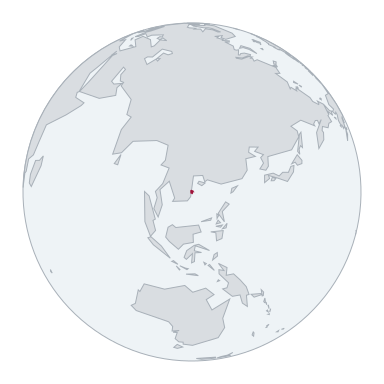 Quảng Ngãi highlighted on a globe, orthographic projection, rotated 35°
{"feature_id": "VNM-488", "entity_name": "Quảng Ngãi", "entity_type": "Province", "adm_level": 1, "iso_a3": "VNM", "parent_name": "Vietnam", "parent_adm1": "", "projection": "orthographic", "projection_center": [108.762, 15.012], "detail": "fine", "context": "on_globe", "style": "filled", "palette": "rose", "viewbox_px": 384, "rotation_deg": 35, "n_neighbors": 0, "source": "natural_earth", "source_scale": "10m", "svg_char_len": 10282}
<svg xmlns="http://www.w3.org/2000/svg" viewBox="0 0 384 384"><g transform="rotate(35 192 192)"><circle cx="192" cy="192" r="169" fill="#eef3f6" stroke="#a8b0b8"/><path d="M345.7,250.7L345.5,251.8L345.3,252.0L345.7,250.7ZM271.5,42.9L271.7,44.2L277.4,48.2L271.8,45.0L286.4,55.5L290.2,60.9L282.4,52.8L279.0,50.6L279.8,52.9L276.5,51.2L275.0,51.5L270.9,49.4L266.7,45.5L264.0,44.2L264.7,46.0L261.1,45.5L260.4,42.9L254.0,41.9L245.8,36.2L247.2,33.2L239.3,30.2L235.2,28.7L247.6,32.5L259.8,37.2L271.5,42.9ZM350.5,133.4L349.8,131.6L349.9,131.9L350.5,133.4ZM349.2,130.2L349.6,131.2L349.3,130.5L349.2,130.2ZM349.1,130.1L349.3,130.5L349.1,130.1ZM349.2,130.5L349.1,130.1L349.2,130.3L349.2,130.5ZM348.7,129.9L348.5,129.7L348.3,129.0L348.7,129.9ZM282.3,51.7L281.4,50.5L283.4,52.4L282.3,51.7ZM275.5,51.9L276.8,52.9L275.4,52.7L275.5,51.9ZM268.0,49.5L265.4,49.1L267.3,48.8L268.0,49.5ZM263.4,48.5L257.3,48.1L259.7,50.1L249.4,44.7L258.1,46.5L260.0,45.6L260.9,47.1L263.4,48.5ZM233.6,28.2L233.7,28.3L229.5,27.2L233.6,28.2ZM229.4,27.2L231.8,28.0L225.7,26.6L222.9,26.0L224.0,26.1L220.8,25.6L229.4,27.2ZM244.8,42.1L242.6,41.6L244.1,41.4L244.8,42.1ZM217.8,25.0L212.8,24.3L213.7,24.4L217.8,25.0ZM235.5,28.9L234.9,29.0L229.8,27.9L228.9,27.9L225.5,26.6L235.5,28.9ZM211.3,24.1L210.2,24.0L208.6,23.9L211.3,24.1ZM220.1,25.4L218.4,25.1L220.1,25.4ZM209.5,24.0L210.4,24.1L211.0,24.2L208.8,24.0L209.5,24.0ZM222.2,26.1L220.1,25.7L223.2,26.5L219.5,26.0L218.0,25.4L217.1,25.4L215.9,25.3L216.0,25.0L222.2,26.1ZM208.2,24.1L204.9,23.6L199.2,23.2L198.6,23.2L208.0,23.8L208.2,24.1ZM212.8,24.6L209.8,24.2L210.5,24.2L213.1,24.4L212.8,24.6ZM217.5,26.0L223.7,26.9L223.8,27.1L217.5,26.0ZM206.3,24.0L207.2,24.1L205.8,23.9L206.3,24.0ZM213.9,25.3L216.1,25.5L213.9,25.3ZM207.0,24.4L206.0,24.1L207.6,24.2L207.0,24.4ZM210.1,24.8L209.7,24.9L208.9,24.4L211.0,24.8L210.1,24.8ZM213.7,25.4L214.4,25.5L212.8,25.2L213.7,25.4ZM201.3,24.5L199.9,23.8L203.6,23.8L204.4,24.5L201.3,24.5ZM59.9,86.7L59.4,87.4L58.1,89.3L53.1,95.9L46.1,110.0L50.2,105.3L49.2,114.9L52.1,117.7L62.6,105.1L58.1,100.0L62.6,92.6L70.6,91.0L75.4,96.5L77.3,93.9L78.8,85.6L84.5,82.5L79.8,82.5L78.3,85.7L75.4,86.1L76.6,83.2L78.6,82.1L78.4,79.7L69.1,86.6L66.5,90.6L63.3,88.8L58.8,95.5L56.3,97.4L63.1,86.9L65.9,83.8L74.6,72.1L71.4,75.1L62.9,86.6L63.5,85.0L59.0,90.0L62.9,85.0L73.0,72.5L73.1,72.0L89.1,58.0L88.7,58.4L93.6,55.1L93.3,56.0L101.7,50.7L102.7,50.7L97.4,53.6L93.6,56.5L93.7,59.7L95.6,59.1L101.1,55.7L100.4,57.3L105.7,53.6L109.0,54.6L109.4,50.6L115.9,47.3L121.4,46.1L123.6,44.5L114.6,46.6L111.0,48.2L107.7,50.6L97.9,55.3L96.5,55.2L107.1,48.2L106.2,47.6L114.9,43.1L133.7,38.9L138.2,39.8L132.1,47.6L127.3,48.9L127.1,46.5L121.3,51.6L124.6,49.7L124.1,51.4L130.1,49.3L130.0,50.4L135.9,46.8L136.5,47.9L132.7,50.2L142.1,48.8L144.9,51.1L147.1,50.3L148.6,48.8L151.3,53.1L152.7,52.3L152.5,50.6L155.2,48.2L161.1,45.9L161.7,47.4L159.6,48.5L156.3,53.4L150.7,56.5L151.6,57.0L156.5,54.7L160.7,48.6L164.0,46.8L162.8,49.5L163.5,48.3L165.4,48.0L167.8,49.2L169.5,46.3L189.2,41.9L195.9,44.4L192.5,46.9L206.9,47.2L213.3,51.2L213.0,49.5L219.7,49.1L217.8,47.8L218.2,47.0L234.6,47.0L238.9,48.6L245.6,47.7L245.5,47.0L242.6,45.6L249.4,44.7L259.7,50.1L259.5,51.4L266.0,54.3L264.7,57.2L266.6,61.3L261.3,63.5L263.3,67.0L265.6,67.8L270.0,73.6L271.0,83.6L259.9,71.8L256.3,58.5L256.9,63.3L253.7,61.4L252.0,62.7L252.6,66.5L254.6,67.4L239.9,70.8L235.3,81.4L243.1,81.6L247.8,85.6L249.4,100.3L233.8,119.5L239.8,127.1L240.0,131.8L234.4,134.2L234.0,127.3L228.5,124.4L229.1,120.4L220.0,122.8L220.4,117.3L213.1,122.3L215.6,127.0L223.5,126.5L217.0,133.9L224.7,142.5L225.3,152.4L211.3,168.8L197.6,173.2L196.6,176.3L191.3,172.3L184.0,178.0L193.6,196.7L193.3,201.9L181.5,210.8L181.3,206.9L167.2,196.2L164.4,208.4L175.0,219.6L178.6,231.9L170.3,227.5L166.7,216.6L161.7,212.5L163.2,201.9L159.5,185.5L151.1,187.6L152.0,181.3L145.6,167.4L133.7,170.0L114.6,184.3L111.7,200.3L105.3,206.5L98.3,181.4L99.2,165.5L94.2,165.9L89.1,151.1L73.1,145.7L73.1,141.4L69.6,142.2L66.4,136.7L67.2,129.7L64.3,129.0L62.6,147.4L66.1,148.4L72.1,143.4L70.7,149.6L74.1,156.6L62.3,168.5L42.2,174.2L44.1,161.9L48.6,125.8L50.6,122.6L50.8,122.2L51.1,121.5L47.5,126.4L49.6,119.7L43.1,143.5L40.3,153.2L41.9,174.7L40.8,176.2L42.5,181.2L52.4,180.9L51.6,184.8L44.6,201.1L34.2,220.5L37.8,238.4L40.8,252.6L39.2,258.6L44.3,270.2L44.2,272.3L47.5,278.5L50.2,283.7L51.1,285.2L44.9,275.2L39.5,264.7L34.8,253.9L30.8,242.8L27.7,231.4L25.3,219.8L23.8,208.1L23.1,196.3L23.2,184.6L24.1,172.8L25.9,161.1L28.4,149.6L31.8,138.3L35.9,127.2L40.8,116.5L46.5,106.1L52.8,96.2L59.9,86.7ZM76.6,110.0L82.0,113.4L86.3,103.8L88.7,104.5L89.3,101.1L86.6,103.1L89.0,94.5L93.7,93.4L96.5,89.8L94.8,88.5L85.7,92.0L82.2,104.1L78.1,106.8L76.6,110.0ZM100.6,49.9L110.1,44.2L110.3,44.2L108.5,45.2L107.5,45.8L104.3,47.6L94.2,54.3L91.1,56.5L91.7,56.0L100.6,49.9ZM137.8,32.0L135.6,32.8L132.0,34.1L137.8,32.0ZM181.0,23.4L182.7,23.3L190.1,23.1L192.1,23.1L189.1,23.2L193.3,23.3L189.0,23.6L190.4,23.7L187.5,24.4L181.0,24.9L183.0,25.0L181.0,25.9L175.5,26.6L177.5,25.7L170.1,27.3L169.5,26.5L168.7,26.8L166.2,26.6L161.7,27.0L162.3,26.7L160.3,27.0L158.6,27.1L156.0,27.6L156.1,27.2L153.0,27.8L154.8,27.4L149.5,28.6L153.5,27.6L151.7,27.9L148.7,28.7L150.0,28.3L165.4,25.1L181.0,23.4ZM200.3,24.7L192.6,24.8L188.5,24.6L195.1,23.6L194.4,23.4L198.5,23.2L204.4,23.6L202.7,23.6L202.4,23.7L200.7,23.5L201.8,23.7L199.5,23.8L199.7,24.0L197.2,23.9L200.3,24.7ZM59.9,87.5L59.4,88.4L59.5,89.1L56.7,92.4L59.9,87.5ZM66.6,79.0L62.7,83.5L63.1,82.8L66.6,79.0ZM70.1,75.5L67.0,78.7L68.9,76.5L70.1,75.5ZM97.9,53.7L98.4,53.8L97.1,54.7L95.3,55.7L97.9,53.7ZM153.5,32.8L155.2,31.9L156.2,31.9L162.0,30.3L162.8,31.0L159.7,32.2L153.5,32.8ZM59.9,106.5L57.1,108.2L57.6,106.5L58.5,106.2L59.9,106.5ZM55.3,99.8L54.8,103.0L54.5,100.7L55.3,99.8ZM155.3,33.3L157.6,32.5L156.6,33.4L155.3,33.3ZM163.7,31.5L163.2,32.4L163.6,31.0L163.7,31.5ZM120.5,336.7L124.0,338.6L121.8,338.2L120.5,336.7ZM53.3,257.1L57.2,279.7L53.5,277.9L49.5,270.1L45.8,255.8L48.9,253.6L49.5,247.7L53.3,257.1ZM221.5,261.6L226.6,262.4L226.4,263.1L221.5,261.6ZM216.2,258.8L222.0,259.3L215.2,260.4L216.2,258.8ZM224.3,259.4L230.3,258.1L232.9,257.0L232.4,258.5L224.3,259.4ZM212.2,258.7L190.6,257.4L182.1,254.8L184.1,252.2L197.9,253.8L212.2,258.7ZM183.4,252.1L170.4,243.3L152.8,218.8L159.1,219.8L177.5,235.3L176.3,237.6L184.2,244.4L183.4,252.1ZM214.9,239.6L213.7,246.7L201.7,245.5L196.3,244.0L192.6,234.6L194.7,230.0L199.1,230.4L216.4,215.3L222.4,219.5L217.1,226.0L222.0,232.5L214.9,239.6ZM112.3,202.0L115.5,212.3L112.0,213.3L112.3,202.0ZM223.5,204.4L216.5,211.1L222.9,202.0L223.5,204.4ZM227.3,195.7L227.7,199.3L224.9,195.7L227.3,195.7ZM196.4,181.2L191.7,181.7L191.6,179.2L197.6,177.1L196.4,181.2ZM225.7,160.9L225.5,168.2L224.5,170.6L222.5,166.1L225.7,160.9ZM165.8,41.4L156.8,42.5L151.0,44.4L148.5,47.0L148.1,44.1L157.2,41.1L165.8,41.4ZM186.3,41.5L188.4,39.7L190.0,40.5L189.8,41.0L186.3,41.5ZM185.7,40.3L183.4,38.1L186.3,37.2L187.5,39.1L185.7,40.3ZM169.0,34.8L166.3,34.9L167.2,34.1L169.0,34.8ZM306.0,313.8L306.7,314.3L301.8,318.7L295.7,323.6L291.0,325.9L306.0,313.8ZM266.2,329.7L267.3,325.3L273.3,324.3L269.7,328.5L266.2,329.7ZM310.2,310.1L314.6,305.3L317.5,300.0L315.5,304.5L317.4,303.8L307.7,313.6L310.2,310.1ZM247.3,311.7L214.3,321.1L207.2,319.7L209.5,315.7L204.1,303.0L206.4,303.4L205.5,294.7L225.3,287.3L239.7,272.7L250.1,273.7L258.4,262.9L268.9,263.4L265.4,272.0L276.0,277.2L284.3,258.0L289.6,277.8L296.5,284.3L297.0,296.3L280.4,317.3L272.0,321.7L270.9,320.1L267.2,322.3L262.3,321.8L260.5,315.6L256.9,317.7L260.9,312.8L255.4,317.3L253.3,313.2L247.3,311.7ZM322.4,271.5L323.6,271.8L325.2,274.8L323.2,274.6L322.4,271.5ZM342.4,255.8L342.7,257.2L341.5,258.0L342.4,255.8ZM345.3,252.0L344.0,253.2L345.7,250.7L345.3,252.0ZM330.5,258.7L331.0,259.8L330.4,260.4L330.5,258.7ZM330.0,258.4L331.0,256.2L330.7,258.3L330.0,258.4ZM324.4,248.5L325.3,247.4L325.6,248.1L324.4,248.5ZM234.2,262.7L241.4,257.3L245.2,256.9L234.2,262.7ZM323.3,246.5L321.2,246.6L321.5,245.4L323.3,246.5ZM323.6,243.9L323.4,242.4L324.6,245.8L323.6,243.9ZM319.6,240.9L322.1,243.4L319.3,241.3L319.6,240.9ZM318.0,241.5L316.2,240.5L316.3,240.0L318.0,241.5ZM295.8,245.3L303.0,254.0L297.0,254.1L290.4,248.8L284.9,254.3L272.7,253.8L275.6,250.4L274.0,245.4L261.1,243.5L258.6,240.2L263.2,238.0L254.6,235.3L264.0,233.8L267.8,240.6L273.0,235.2L282.0,236.4L290.7,238.4L297.5,243.2L295.8,245.3ZM263.9,248.8L265.5,248.8L264.1,250.8L263.9,248.8ZM312.5,237.0L315.3,240.1L314.9,241.0L313.6,240.6L312.5,237.0ZM299.1,241.9L306.4,235.9L308.1,235.9L303.2,242.5L299.1,241.9ZM304.7,232.3L308.1,232.9L309.8,236.0L309.1,236.9L304.7,232.3ZM244.8,242.4L244.4,244.3L242.0,242.8L244.8,242.4ZM248.0,241.3L255.3,243.4L247.3,242.9L248.0,241.3ZM225.5,234.2L227.6,238.8L234.5,236.1L229.3,240.1L233.9,247.6L232.3,250.3L227.7,242.2L226.0,250.4L223.0,250.1L221.3,243.0L224.4,234.5L227.5,231.0L239.9,229.9L225.5,234.2ZM247.9,235.9L246.0,230.6L247.4,227.1L249.6,229.9L247.9,235.9ZM240.1,217.9L234.9,211.7L230.2,213.9L239.7,205.7L243.2,212.9L240.1,217.9ZM235.6,204.4L231.2,206.4L235.8,201.6L235.6,204.4ZM230.1,204.3L229.5,200.1L233.0,200.8L230.1,204.3ZM238.0,204.7L238.7,197.5L240.5,201.8L238.0,204.7ZM228.0,190.6L235.6,197.8L225.7,194.5L225.2,180.8L229.4,180.6L228.0,190.6ZM250.4,137.4L249.3,133.7L253.0,133.0L252.7,135.7L250.4,137.4ZM264.2,128.6L253.7,131.6L245.1,134.6L247.8,136.4L246.1,142.7L241.8,136.6L247.7,130.0L254.2,128.9L255.0,123.8L259.7,120.6L258.3,114.3L260.3,111.8L263.6,117.3L264.2,128.6ZM257.5,111.7L256.8,101.1L263.9,103.0L265.7,105.7L263.0,109.6L259.4,108.4L257.5,111.7ZM258.7,99.3L255.2,98.1L246.9,83.1L246.9,80.5L257.0,92.2L254.3,91.8L255.1,95.4L258.7,99.3ZM243.4,42.5L242.7,41.7L244.5,42.5L243.4,42.5ZM217.0,46.4L217.8,45.4L219.9,46.1L217.0,46.4ZM221.2,43.3L218.2,43.1L221.1,42.7L221.2,43.3ZM211.7,43.0L217.0,42.8L212.3,44.0L211.7,43.0Z" fill="#d9dde1" stroke="#a8b0b8" stroke-width="1"/><path d="M192.0,190.9L192.0,191.0L192.1,190.9L192.2,191.0L192.3,191.0L192.4,191.3L192.5,191.3L192.4,191.4L192.5,191.4L192.4,191.4L192.4,191.5L192.4,191.9L192.5,192.1L192.7,192.5L192.8,192.7L192.9,192.8L192.9,193.0L192.6,193.0L192.3,193.0L192.1,193.0L191.9,193.1L191.7,193.2L191.5,192.9L191.5,192.7L191.4,192.6L191.2,192.5L191.1,192.4L190.9,192.1L190.7,191.9L190.8,191.8L190.7,191.7L190.6,191.4L190.8,191.3L190.8,191.2L191.2,191.1L191.4,191.0L191.7,190.9L191.8,190.9L192.0,190.9L192.0,190.9Z" fill="#f43f5e" stroke="#9f1239" stroke-width="1.5"/></g></svg>